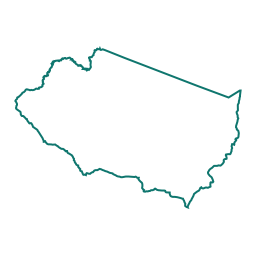 Upala, Alajuela, Costa Rica
{"feature_id": "36466004B97209373697434", "entity_name": "Upala", "entity_type": "district", "adm_level": 2, "iso_a3": "CRI", "parent_name": "Costa Rica", "parent_adm1": "Alajuela", "projection": "mercator", "projection_center": [-85.236, 10.868], "detail": "fine", "context": "isolated", "style": "outline", "palette": "teal", "viewbox_px": 256, "rotation_deg": 0, "n_neighbors": 0, "source": "geoboundaries", "source_scale": "gbopen_adm2", "svg_char_len": 5626}
<svg xmlns="http://www.w3.org/2000/svg" viewBox="0 0 256 256"><path d="M240.6,90.5L239.9,90.5L228.6,97.5L197.4,85.9L124.8,58.0L105.0,50.1L102.7,49.3L101.2,49.9L100.6,49.9L100.3,49.6L99.9,48.6L99.6,49.3L98.5,49.2L97.3,48.7L97.0,48.9L96.9,49.6L96.6,49.8L96.2,50.3L95.6,50.4L95.2,50.1L94.7,50.2L94.5,50.7L94.7,52.1L93.9,53.1L93.5,54.6L93.5,55.2L92.8,55.5L91.8,57.1L90.2,57.1L89.3,57.4L89.0,57.6L89.0,58.0L89.3,58.3L89.6,59.2L89.9,59.4L89.8,60.7L90.8,61.1L90.7,63.1L90.5,64.4L90.6,65.9L90.9,67.0L90.2,68.3L89.0,69.8L88.5,69.5L88.2,69.7L87.8,69.5L87.6,69.6L87.4,70.2L86.8,70.4L86.7,70.0L87.2,69.4L87.4,68.8L85.6,68.6L85.0,69.4L84.3,69.0L83.3,69.0L83.9,68.4L82.8,67.9L82.8,67.3L81.9,66.6L81.5,65.8L81.1,65.4L80.1,65.0L79.8,65.2L79.8,65.7L79.1,65.5L78.5,65.8L78.2,65.8L77.9,65.0L76.2,64.1L75.1,62.8L74.6,62.5L74.9,62.3L75.4,62.4L75.4,62.1L75.2,61.9L74.9,61.7L73.8,61.3L73.6,61.0L72.6,60.8L72.7,59.9L71.6,59.7L72.2,59.3L72.2,59.0L71.2,58.9L69.8,57.7L69.2,57.7L68.4,58.0L67.7,58.1L66.6,58.7L66.0,58.7L65.3,58.0L64.2,58.1L63.6,58.7L63.1,59.0L62.6,58.5L62.4,58.4L61.4,59.4L61.4,59.8L61.2,60.3L60.1,60.2L59.6,60.8L59.1,61.2L58.8,61.1L58.4,60.5L58.1,60.4L57.4,60.7L55.9,60.7L55.3,61.1L54.2,61.0L53.9,61.9L53.5,61.7L53.1,61.7L53.2,62.4L52.3,62.6L52.3,63.3L51.9,63.6L53.0,64.1L52.9,64.6L52.6,64.9L52.1,65.0L52.3,65.6L51.7,66.7L51.6,67.3L51.1,67.5L49.8,69.2L50.0,70.2L49.9,70.8L49.6,71.0L49.3,70.9L49.2,72.0L49.0,72.3L48.5,72.3L48.3,72.1L48.1,71.2L47.9,72.6L47.2,73.1L47.5,73.6L47.2,74.6L48.1,75.1L48.0,75.5L47.0,75.8L46.6,76.2L46.3,76.2L45.5,75.9L45.2,76.1L44.6,75.9L43.9,76.5L43.8,76.8L44.0,77.1L43.4,77.4L44.0,78.9L43.7,79.3L42.9,79.8L42.9,80.3L42.6,80.7L42.6,81.0L43.0,81.7L42.8,82.7L43.5,83.5L43.6,83.8L42.6,84.5L42.3,85.1L42.6,85.9L41.7,86.9L41.0,87.2L40.0,87.3L39.7,87.6L39.0,87.7L38.9,88.7L38.2,88.7L38.0,88.9L37.5,88.9L37.0,88.7L36.1,88.6L34.5,89.7L33.1,90.1L32.1,90.1L31.2,89.9L30.3,90.2L29.8,90.2L28.6,89.7L27.6,89.6L27.0,89.3L26.3,89.4L25.6,89.9L25.3,90.7L23.9,92.1L22.4,92.8L22.0,93.6L20.2,95.5L18.9,96.6L18.5,97.1L17.5,97.3L17.2,97.6L17.2,98.4L16.9,99.1L16.0,99.8L15.4,100.8L15.4,101.1L16.1,101.9L17.0,103.9L17.0,104.9L16.4,105.9L16.3,107.1L16.0,107.9L16.2,108.7L17.2,109.6L20.4,111.8L20.7,113.0L20.8,114.5L21.6,115.8L21.9,116.0L23.1,116.0L23.3,116.1L23.9,116.5L24.3,117.1L24.8,117.4L26.0,118.9L26.4,119.0L26.8,119.0L27.2,120.3L27.7,121.0L27.8,121.4L28.5,122.0L29.2,123.2L29.5,123.4L29.8,123.4L30.5,123.1L31.0,123.1L31.4,123.4L32.4,125.1L33.1,127.0L34.3,127.7L35.2,128.4L36.6,129.3L37.4,130.0L37.7,130.8L38.5,131.8L42.7,138.4L42.8,138.9L43.6,140.6L43.7,141.8L44.3,141.7L44.8,141.1L45.1,141.1L45.5,142.0L47.1,143.8L48.2,144.3L51.2,144.4L52.5,144.7L55.2,144.5L56.7,145.7L57.6,146.0L58.5,147.0L60.8,148.5L61.7,148.9L63.0,148.9L63.9,149.4L64.8,150.3L65.4,150.7L65.6,151.2L66.7,151.0L67.1,151.0L67.2,151.3L67.3,152.2L67.8,152.9L68.3,153.3L69.2,153.6L71.0,154.8L71.5,155.0L72.0,155.5L72.2,156.0L72.7,156.4L73.2,157.8L74.0,158.8L73.8,160.2L74.6,161.0L74.9,162.5L75.8,163.4L76.2,164.5L77.1,165.2L78.2,165.5L78.2,166.9L79.3,168.0L79.3,168.4L79.5,168.6L80.2,169.0L80.2,170.6L81.1,171.2L81.8,171.3L82.8,173.9L83.4,174.8L84.1,174.8L84.9,174.6L85.9,175.1L86.2,173.9L86.6,173.2L86.8,173.1L88.7,173.7L90.1,173.8L91.1,172.9L92.4,172.2L93.0,172.2L94.4,170.5L95.8,170.1L97.5,170.1L99.6,168.9L101.2,169.3L102.5,170.0L103.8,170.4L105.3,171.1L107.2,171.6L109.7,172.8L112.6,173.4L113.1,174.1L113.5,174.3L116.1,175.5L116.7,176.0L118.2,176.5L119.5,176.6L121.0,177.2L122.2,177.2L126.0,176.5L128.2,176.5L134.5,177.0L135.4,176.7L135.8,176.7L137.3,177.8L138.7,177.8L138.5,178.5L138.5,179.2L138.6,179.4L139.2,180.2L140.4,181.5L141.6,182.5L142.0,183.0L142.2,183.5L142.4,184.7L142.4,186.2L142.1,188.0L142.9,189.1L144.0,190.0L143.6,190.8L143.6,191.1L143.9,191.5L144.4,191.6L145.2,191.7L146.2,191.3L147.9,191.4L149.0,191.0L149.9,191.0L151.1,190.2L152.8,190.2L153.8,189.6L154.3,189.5L154.6,188.9L154.9,188.7L155.4,188.7L156.9,189.8L158.3,190.2L161.6,190.5L164.2,190.5L165.2,190.8L165.4,191.6L165.9,192.2L166.6,192.4L169.7,192.5L169.7,193.7L170.0,194.9L170.7,196.1L171.7,196.6L172.9,196.9L175.1,196.9L177.3,197.2L180.8,198.1L182.1,198.6L183.0,198.7L183.3,199.6L184.0,200.6L184.6,202.5L185.3,203.7L185.1,205.2L185.3,206.1L186.1,206.6L186.6,207.0L187.7,207.4L187.5,206.9L188.0,206.0L188.4,204.8L189.1,203.6L189.9,201.8L191.3,200.1L191.6,199.2L193.3,196.1L194.1,193.9L197.1,191.6L198.9,190.6L199.5,189.8L200.4,187.8L201.3,187.3L201.8,188.1L202.9,188.4L203.4,188.4L205.4,187.6L206.4,187.5L207.9,187.8L208.9,187.3L210.0,186.9L210.5,186.6L210.3,184.6L210.5,182.6L210.8,182.3L211.9,182.4L212.7,182.4L213.3,181.7L212.7,179.6L211.7,177.4L211.0,176.7L209.9,175.9L208.5,174.2L208.0,173.1L208.0,172.3L208.1,172.0L208.5,171.5L209.1,170.3L209.6,169.7L210.4,168.9L212.1,167.8L213.4,166.5L214.1,165.9L216.9,165.9L217.8,165.7L218.3,165.4L220.5,165.6L221.0,165.3L222.7,163.7L223.6,162.4L223.9,161.8L223.7,161.0L223.8,159.9L224.1,159.5L225.1,159.0L226.0,159.0L226.6,158.7L226.6,157.5L225.8,155.1L226.0,154.5L226.2,154.4L227.2,154.4L228.0,154.1L230.0,154.2L230.6,153.6L230.9,152.6L231.6,151.0L231.5,150.0L231.8,148.9L232.1,148.4L232.1,147.7L231.6,146.4L232.1,144.1L232.8,144.1L234.2,144.8L234.3,144.6L234.3,143.2L234.5,142.4L236.2,140.3L236.2,139.7L235.5,139.3L235.7,138.7L236.0,138.5L237.7,137.9L238.2,137.4L238.5,136.5L238.6,134.7L238.8,133.9L238.7,132.5L238.2,130.6L237.0,129.7L236.8,129.4L236.8,128.5L236.0,127.3L236.1,125.9L237.4,121.7L237.7,119.8L238.3,118.3L237.7,117.4L237.6,115.2L236.9,113.7L236.6,112.1L237.9,110.4L237.8,104.9L238.1,104.2L238.8,103.0L238.9,101.2L239.5,99.1L239.6,97.5L240.0,96.7L240.0,95.3L240.6,90.5Z" fill="none" stroke="#0f766e" stroke-width="2"/></svg>